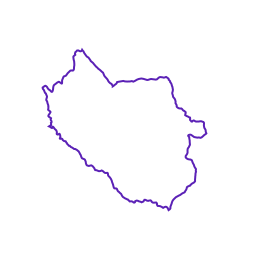 the district of Pueblo Rico, Risaralda, Colombia, rotated 336°
{"feature_id": "7082276B22807037286061", "entity_name": "Pueblo Rico", "entity_type": "district", "adm_level": 2, "iso_a3": "COL", "parent_name": "Colombia", "parent_adm1": "Risaralda", "projection": "natural_earth1", "projection_center": [-76.101, 5.29], "detail": "fine", "context": "isolated", "style": "outline", "palette": "violet", "viewbox_px": 256, "rotation_deg": 336, "n_neighbors": 0, "source": "geoboundaries", "source_scale": "gbopen_adm2", "svg_char_len": 5745}
<svg xmlns="http://www.w3.org/2000/svg" viewBox="0 0 256 256"><g transform="rotate(336 128 128)"><path d="M197.4,164.8L197.5,163.1L197.9,161.9L198.1,161.1L198.0,160.3L197.8,159.1L197.9,158.3L198.3,156.8L198.5,156.2L199.1,155.2L199.5,154.1L199.5,153.8L199.3,153.2L197.6,151.6L196.7,151.2L195.4,150.9L193.0,149.9L192.4,149.5L192.1,149.1L191.5,148.2L191.0,147.8L190.1,147.8L189.2,148.2L188.6,147.9L188.2,146.4L188.0,146.0L188.2,145.3L188.7,144.5L188.9,143.7L188.1,143.0L187.4,141.9L186.2,140.7L185.9,140.0L185.5,139.6L186.0,138.6L186.7,137.9L187.1,137.0L187.0,136.7L186.2,135.1L185.8,134.8L185.6,134.4L185.4,133.9L185.1,132.6L184.8,132.1L184.6,131.8L183.7,131.5L182.5,130.7L181.7,129.7L181.2,128.6L181.2,128.1L181.6,127.3L181.7,126.5L181.5,124.6L182.2,123.3L182.5,121.7L182.5,120.2L181.9,118.1L182.0,117.3L182.3,116.2L182.4,114.7L182.7,113.9L183.8,112.6L184.6,111.3L185.3,108.4L185.3,107.3L185.6,105.6L185.5,104.3L185.2,103.2L185.5,102.5L185.2,101.4L184.8,100.4L185.1,99.5L184.8,98.8L183.6,96.9L183.3,96.8L182.4,96.8L181.3,96.6L180.9,96.4L180.4,95.9L178.4,94.7L178.0,94.5L176.6,94.5L174.3,95.3L173.1,95.1L169.0,92.6L168.0,92.4L165.9,92.2L165.0,91.9L162.1,89.4L160.3,88.2L157.8,87.6L156.0,87.5L153.3,87.8L151.7,87.8L150.6,86.7L148.8,86.3L146.1,85.2L144.2,84.2L142.8,83.1L138.5,82.0L136.7,81.6L136.1,82.3L135.2,82.8L133.0,83.3L131.8,83.7L131.0,83.8L131.2,83.4L131.2,82.8L130.9,81.9L130.9,81.0L130.0,79.9L129.3,78.2L129.1,77.3L129.0,75.3L128.3,73.0L127.9,71.9L127.6,70.6L127.7,67.3L126.9,65.8L126.5,64.7L125.7,63.0L124.9,61.7L124.5,60.3L123.9,59.2L123.0,56.3L122.5,54.3L121.2,51.7L121.2,50.9L120.8,48.8L120.5,47.5L119.6,46.3L119.2,45.1L118.5,41.6L118.5,39.9L118.1,39.0L117.9,37.9L117.5,38.3L117.0,38.6L116.4,38.7L115.8,38.6L115.2,38.2L114.1,36.9L113.0,36.5L112.5,36.7L111.8,37.1L110.8,37.3L110.0,38.2L109.7,38.7L109.6,39.7L107.8,40.2L107.2,40.5L106.8,41.3L106.2,43.3L105.9,45.2L105.0,47.7L104.4,49.0L103.6,50.2L102.5,52.3L102.1,52.7L101.3,53.1L100.9,53.1L100.4,52.7L99.0,52.2L98.5,52.2L95.2,53.4L92.7,54.9L90.9,54.9L90.3,54.8L89.8,55.1L87.2,57.6L86.1,60.0L85.8,60.4L85.5,60.4L85.3,60.3L84.2,58.4L83.9,57.9L83.4,57.6L81.8,57.7L80.0,58.2L78.1,58.6L77.3,59.1L76.7,59.8L76.2,60.5L75.6,61.6L75.0,62.6L74.1,63.6L73.6,64.0L73.1,64.0L72.7,63.6L72.0,61.6L71.6,61.0L71.2,60.5L70.8,58.9L70.8,58.2L70.7,57.5L70.2,56.4L69.6,55.8L68.8,55.8L66.5,56.3L66.3,56.7L66.2,57.8L66.4,58.3L66.6,59.2L66.5,62.1L66.9,62.8L67.0,63.2L66.9,63.8L66.9,65.5L66.8,66.3L66.6,66.7L65.0,68.6L64.7,69.3L64.7,69.6L64.9,70.6L64.9,71.1L64.6,72.3L64.5,73.2L64.4,74.9L64.0,75.6L64.0,76.1L63.8,76.5L63.1,77.9L62.6,78.5L62.5,78.8L62.5,79.1L62.7,79.5L63.5,80.9L63.7,81.9L62.3,83.0L61.1,83.6L60.1,84.6L60.4,85.8L61.4,87.2L61.7,87.8L61.5,88.1L61.0,88.4L60.8,88.8L60.7,89.7L60.9,90.5L60.6,91.5L60.2,91.9L59.9,91.9L59.9,92.1L59.5,92.6L59.2,93.3L59.1,93.9L59.0,94.1L58.3,94.3L57.5,94.2L56.5,94.4L57.4,95.4L58.1,96.7L58.6,97.1L58.9,97.1L59.2,96.5L59.6,96.2L59.8,96.2L60.0,96.4L60.3,97.1L60.7,99.1L61.5,100.9L61.5,101.9L61.3,103.0L61.0,103.5L60.5,104.3L60.5,104.7L60.8,105.1L61.3,105.5L62.7,105.3L63.0,105.4L63.1,105.6L63.1,106.8L62.9,107.7L62.7,108.3L62.3,109.0L61.5,109.7L61.5,110.1L61.9,110.4L62.9,110.6L63.5,111.3L63.5,112.5L64.3,113.9L64.7,114.2L65.4,114.6L65.7,114.9L65.7,116.3L66.1,117.1L66.0,118.1L66.6,119.2L66.7,120.1L66.9,120.3L67.6,120.7L68.0,122.0L68.8,122.9L69.6,124.1L70.1,125.0L70.3,125.3L71.2,125.7L72.2,127.0L72.5,127.5L72.7,127.8L72.8,128.3L73.4,129.2L73.6,131.3L73.6,132.4L73.8,133.0L73.6,135.6L73.6,136.6L73.8,137.1L75.5,138.9L75.7,139.4L75.7,141.5L75.2,143.1L75.1,144.2L75.1,144.7L75.3,145.4L76.4,146.5L77.0,146.8L79.0,147.1L79.4,147.3L80.2,148.6L80.5,149.6L80.9,151.3L80.8,152.7L81.0,153.2L81.6,153.4L82.8,154.5L83.4,155.2L84.0,155.7L85.5,156.1L86.7,156.1L87.7,157.5L88.0,158.4L88.4,159.2L88.8,159.7L89.5,160.1L90.8,160.5L91.1,160.9L91.1,161.4L90.6,163.1L90.6,163.7L91.4,165.9L91.5,166.6L91.7,167.6L91.7,169.7L91.5,170.5L91.3,173.9L91.1,174.6L90.9,176.0L90.8,176.7L91.0,177.5L91.6,178.0L92.3,178.2L92.8,178.6L93.1,179.2L93.0,180.9L93.3,182.1L93.7,182.6L94.1,183.8L94.9,185.4L95.0,187.6L95.3,188.9L97.0,191.5L97.8,192.2L98.3,193.0L98.8,193.3L98.9,193.8L99.2,194.3L99.5,195.3L99.7,195.8L101.0,196.2L101.9,196.8L102.5,197.6L102.7,198.1L102.9,198.4L103.4,198.7L103.9,198.7L104.2,198.6L104.8,197.8L106.3,197.8L107.0,198.2L107.8,198.9L108.0,199.3L109.6,200.6L110.2,201.4L112.2,201.4L113.8,200.3L114.8,200.8L115.7,202.0L116.8,202.8L117.5,202.8L119.2,203.3L119.6,204.1L119.7,205.2L120.2,206.1L121.1,206.7L123.4,207.5L123.7,208.2L123.7,209.0L123.3,209.6L123.3,210.6L123.4,211.2L124.7,211.9L125.7,212.6L127.1,214.3L127.3,214.9L127.9,215.3L128.4,215.1L129.3,215.1L130.2,215.2L130.9,215.6L131.2,216.0L131.7,217.2L131.7,219.5L133.2,219.2L134.0,218.7L134.8,217.1L137.3,214.6L137.7,214.0L138.4,213.3L139.3,212.5L140.6,211.8L143.6,210.7L147.1,210.4L148.4,210.4L151.1,209.8L153.0,209.8L153.7,209.7L154.5,209.0L156.1,208.0L156.9,207.2L157.7,206.1L158.6,205.8L159.9,205.8L160.9,205.7L161.1,205.9L163.4,204.9L166.2,204.6L166.9,204.3L167.6,203.9L168.4,202.1L169.1,200.9L169.7,199.7L170.5,198.4L171.0,197.3L171.7,196.3L172.3,195.7L172.4,195.0L172.7,194.3L173.3,193.3L173.4,192.7L173.1,191.7L173.0,190.6L173.0,189.7L173.2,188.7L173.0,186.0L173.2,183.5L172.4,182.3L171.3,181.7L170.2,180.9L169.5,180.1L168.9,178.9L168.8,178.1L169.3,177.1L171.2,175.9L171.9,175.3L172.4,174.7L173.4,172.4L174.0,171.4L174.7,170.8L175.3,170.5L176.1,170.0L177.1,169.0L177.7,168.6L178.0,167.9L178.7,165.8L179.2,164.7L179.9,161.9L180.3,161.2L179.9,160.3L179.8,159.7L180.0,159.3L180.6,159.1L181.6,159.2L182.3,159.5L182.9,160.0L184.8,163.2L187.4,165.0L188.7,165.4L189.4,165.8L190.1,166.4L190.9,166.5L191.5,166.5L193.5,165.9L194.3,165.6L195.1,165.3L196.3,165.2L197.4,164.8Z" fill="none" stroke="#5b21b6" stroke-width="2"/></g></svg>